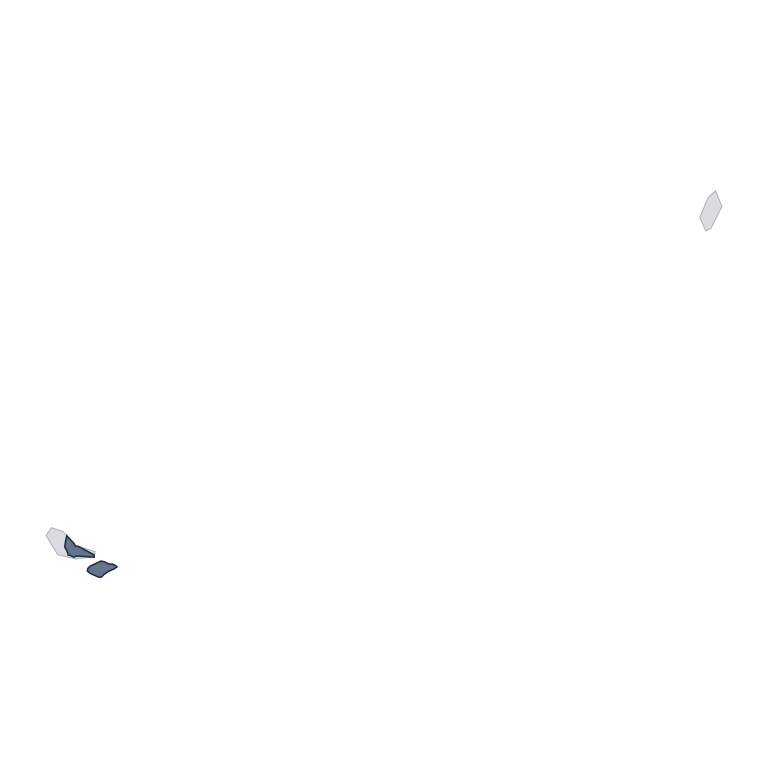 location of Alo within Wallis and Futuna
{"feature_id": "WLF-4997", "entity_name": "Alo", "entity_type": "state/province", "adm_level": 1, "iso_a3": "WLF", "parent_name": "Wallis and Futuna", "parent_adm1": "", "projection": "albers", "projection_center": [-178.058, -14.317], "detail": "fine", "context": "in_parent", "style": "filled", "palette": "slate", "viewbox_px": 768, "rotation_deg": 0, "n_neighbors": 0, "source": "natural_earth", "source_scale": "10m", "svg_char_len": 732}
<svg xmlns="http://www.w3.org/2000/svg" viewBox="0 0 768 768"><path d="M94.2,556.8L75.7,559.0L57.7,554.7L46.1,535.7L51.4,527.7L63.1,531.4L75.2,545.3L95.2,551.7L94.2,556.8ZM711.1,228.1L705.7,230.8L699.8,217.6L707.9,197.8L715.5,190.8L721.9,206.5L711.1,228.1Z" fill="#d9dde1" stroke="#a8b0b8" stroke-width="1"/><path d="M115.4,565.4L117.0,566.8L114.5,568.7L108.3,571.5L103.6,574.8L101.5,577.1L98.7,577.2L90.2,573.4L87.3,571.0L87.9,568.3L90.1,566.1L101.1,561.0L104.5,561.8L108.3,563.7L111.3,564.2L112.6,564.1L115.4,565.4ZM66.8,535.7L74.2,543.6L75.2,545.7L79.3,546.9L94.2,554.9L94.2,557.2L76.8,556.0L74.0,557.2L69.8,555.3L68.2,555.1L67.1,551.3L64.7,547.0L65.4,541.9L66.8,535.7Z" fill="#64748b" stroke="#1e293b" stroke-width="1.5"/></svg>